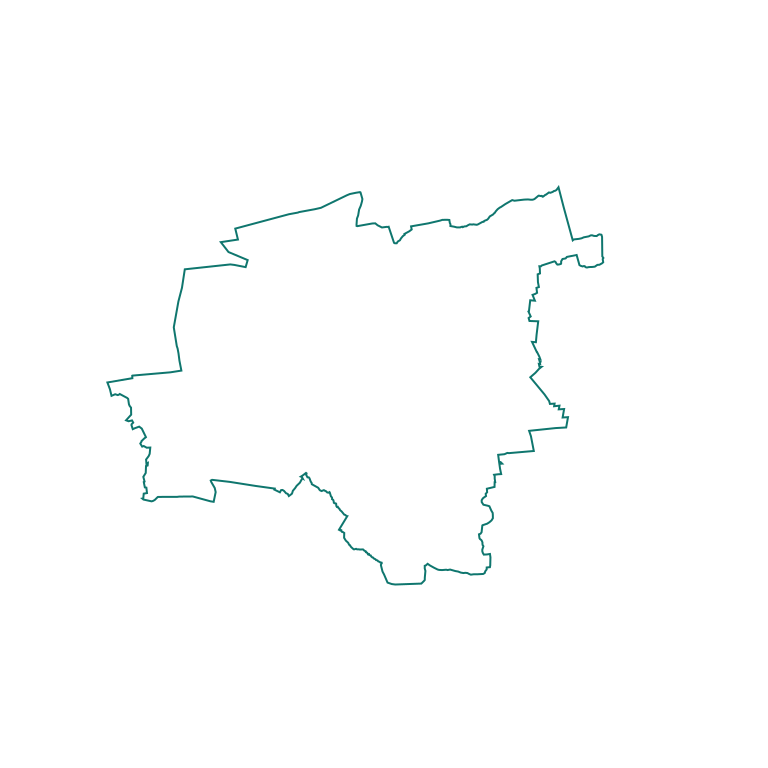 the district of Tecamachalco, Puebla, Mexico, rotated 55°
{"feature_id": "50627088B6625152362768", "entity_name": "Tecamachalco", "entity_type": "district", "adm_level": 2, "iso_a3": "MEX", "parent_name": "Mexico", "parent_adm1": "Puebla", "projection": "mercator", "projection_center": [-97.72, 18.863], "detail": "fine", "context": "isolated", "style": "outline", "palette": "teal", "viewbox_px": 768, "rotation_deg": 55, "n_neighbors": 0, "source": "geoboundaries", "source_scale": "gbopen_adm2", "svg_char_len": 6165}
<svg xmlns="http://www.w3.org/2000/svg" viewBox="0 0 768 768"><g transform="rotate(55 384 384)"><path d="M339.2,647.7L340.7,647.3L346.8,641.7L347.3,640.3L347.5,638.3L346.8,634.2L347.0,633.7L357.9,618.0L358.8,616.3L366.5,605.1L380.6,593.4L382.8,591.1L376.0,583.9L372.1,582.3L365.2,581.7L363.7,581.3L363.9,579.8L375.7,566.5L394.0,547.5L407.0,533.5L407.6,534.4L413.0,531.4L411.9,529.1L412.6,527.9L414.3,527.2L417.3,526.9L418.8,525.9L421.2,526.2L421.1,522.6L420.7,521.8L419.2,519.9L418.3,516.5L417.3,514.0L416.6,509.5L414.4,505.0L414.8,504.8L413.1,504.6L412.2,505.2L412.3,503.1L412.1,498.9L412.8,498.7L413.9,499.9L416.6,500.2L417.3,499.2L418.5,499.1L421.9,500.0L423.4,500.0L424.7,500.6L431.3,497.4L433.9,497.5L434.6,497.3L435.9,496.5L436.4,494.3L436.8,493.9L437.5,493.7L438.3,493.1L440.3,492.7L441.5,491.4L441.3,490.7L441.6,490.6L445.6,491.9L447.1,491.7L448.1,492.2L448.5,492.6L449.9,492.1L451.2,492.5L452.5,493.2L453.2,493.0L454.1,492.0L454.7,491.9L456.5,493.0L457.8,493.1L458.0,492.9L458.1,492.3L459.9,492.4L460.4,492.1L462.2,492.3L464.1,491.8L468.2,491.5L469.1,490.8L470.7,490.4L471.2,489.9L477.6,504.5L478.8,503.9L479.0,503.7L479.0,503.0L479.4,502.8L480.0,503.3L480.9,503.3L481.9,502.5L483.2,502.0L487.1,504.9L490.4,505.1L493.6,504.4L494.3,504.6L496.2,504.7L496.7,504.3L497.8,504.5L498.9,504.4L501.9,503.7L502.3,503.4L503.0,501.4L504.0,500.9L505.1,499.3L505.7,498.8L507.1,496.6L507.6,496.0L509.3,495.7L510.6,494.9L510.9,494.9L511.4,495.3L512.5,494.6L514.2,494.8L514.3,494.1L514.6,493.8L515.6,494.2L516.9,493.2L517.9,493.4L519.4,493.0L519.9,492.5L521.2,492.4L522.7,491.5L523.7,491.5L524.4,490.8L525.0,490.5L525.9,490.5L527.2,489.6L527.9,489.5L529.0,488.4L529.5,488.6L529.9,489.6L530.5,490.4L536.8,492.8L540.0,493.2L548.7,495.0L552.3,492.4L554.7,489.8L568.9,467.9L568.2,463.9L567.9,463.0L566.1,461.7L560.9,457.3L558.4,456.4L556.3,454.9L556.6,453.6L556.3,451.4L559.1,450.4L563.2,448.4L566.7,446.5L567.8,445.6L569.7,443.2L571.8,439.6L572.9,438.6L573.9,436.3L578.2,432.8L580.2,430.8L582.5,429.3L584.4,427.4L585.3,425.7L586.7,424.1L588.5,423.2L590.0,422.2L591.4,419.5L593.2,417.0L596.5,411.7L596.6,409.9L595.5,408.5L594.8,406.3L593.2,405.1L594.8,402.3L593.5,401.0L587.0,396.2L584.0,394.7L582.8,397.2L581.0,400.1L578.9,399.9L577.4,399.4L576.1,398.5L573.9,395.6L572.6,395.6L571.5,395.1L570.2,394.2L568.4,393.8L567.6,393.8L566.0,394.3L565.0,394.2L561.6,392.4L562.0,390.8L561.4,389.1L556.3,384.6L556.2,384.3L557.6,379.6L557.7,376.9L557.4,374.1L556.4,371.8L553.6,369.9L551.9,368.9L549.2,368.7L544.6,367.8L543.5,368.6L539.9,371.8L536.8,371.7L535.3,370.7L534.7,369.5L534.3,368.1L534.3,364.7L532.3,363.7L531.8,361.6L528.8,359.8L531.7,352.5L527.9,349.7L528.2,349.2L525.0,347.6L523.0,346.2L521.5,345.9L523.4,342.3L525.0,339.7L520.1,337.6L515.6,335.3L517.0,332.9L514.8,333.3L514.0,334.5L507.5,331.1L510.6,325.6L511.2,322.5L512.3,321.3L524.8,299.7L511.1,293.6L505.6,292.0L518.6,268.6L524.1,259.7L516.7,252.3L513.9,256.9L507.8,250.8L505.0,255.4L502.4,252.7L499.8,257.4L497.9,255.5L495.5,259.5L492.7,258.5L484.6,258.5L462.4,260.3L461.7,253.6L460.5,248.2L460.3,245.1L458.9,246.7L456.3,245.6L457.1,244.7L456.8,244.6L455.5,243.0L455.0,243.6L452.6,242.8L453.5,241.8L450.9,241.1L445.6,240.3L445.5,240.5L434.4,238.6L436.9,235.6L431.1,230.7L421.1,221.7L415.8,228.7L412.9,227.7L412.8,225.1L407.5,224.1L407.6,223.6L399.3,216.2L402.3,212.6L396.2,211.2L396.9,208.6L397.1,206.3L392.7,204.0L393.4,201.5L388.9,199.5L382.3,195.2L382.9,192.8L378.7,190.1L376.7,189.2L377.6,188.0L377.4,186.8L381.3,174.0L382.3,173.5L384.1,173.7L385.6,173.5L386.4,172.2L387.1,170.3L386.9,169.8L385.1,168.5L384.0,166.1L385.3,163.2L384.8,161.3L388.8,152.2L398.7,155.7L400.0,155.1L401.6,153.9L402.0,152.7L402.6,152.0L403.4,152.0L404.3,151.6L405.0,150.9L405.7,149.2L407.0,147.1L407.4,146.6L408.8,144.0L408.8,140.9L409.9,139.1L410.2,136.0L410.0,134.6L407.1,133.2L406.6,132.0L404.7,132.0L388.6,121.0L386.6,120.3L386.4,120.3L384.9,121.8L384.7,123.3L384.8,124.9L383.2,127.0L381.5,128.3L380.8,129.5L380.5,131.6L378.4,136.3L378.0,138.5L376.9,141.1L374.5,145.5L374.6,147.0L341.9,135.3L322.9,128.2L324.0,131.5L323.9,132.9L323.4,134.1L323.4,135.7L322.9,137.6L322.7,138.2L321.7,139.0L321.8,142.8L321.6,143.2L321.6,143.9L321.7,144.7L321.7,146.5L321.2,146.8L320.7,146.7L320.3,147.0L319.7,148.1L318.5,149.1L318.4,149.8L318.8,154.6L318.6,155.6L318.2,156.7L317.4,157.9L315.4,160.2L313.3,163.5L308.7,172.0L306.9,173.5L306.2,181.4L306.1,186.7L305.9,187.9L306.0,190.7L306.7,193.6L307.3,194.9L307.3,195.8L307.7,197.4L307.4,201.2L308.4,203.9L308.6,205.4L307.9,208.3L308.3,209.3L307.7,210.3L307.1,215.8L306.7,216.8L304.4,219.3L304.0,220.3L302.4,222.2L302.1,224.1L302.0,226.1L301.0,227.8L300.7,229.5L300.1,229.6L299.7,230.4L299.4,231.8L297.5,234.5L295.4,236.3L292.7,239.0L291.2,237.9L289.8,237.7L287.1,236.4L285.6,238.2L283.0,242.1L282.3,244.4L277.8,255.6L270.4,271.4L273.3,272.7L273.4,275.7L272.8,281.2L273.6,281.4L273.7,283.8L274.5,286.7L275.4,288.5L275.2,290.9L276.0,292.9L274.9,294.4L274.1,294.8L257.9,290.0L257.8,290.5L256.8,291.7L254.6,295.9L250.3,298.2L247.4,299.0L245.8,301.5L239.4,315.3L238.8,315.8L237.7,315.1L233.0,311.3L231.1,308.5L226.8,304.3L224.8,301.0L223.7,299.6L221.9,297.4L220.1,295.6L214.0,293.5L213.7,293.4L213.1,294.0L212.9,293.9L211.3,297.2L208.8,303.0L208.1,306.2L203.5,334.6L201.1,340.5L194.5,354.9L194.2,356.2L190.4,364.5L171.4,416.7L181.9,420.8L174.2,436.3L186.7,435.7L204.3,424.6L208.9,430.3L200.6,438.3L197.9,441.3L175.8,481.4L189.3,494.3L198.4,505.0L217.0,523.7L234.1,532.0L236.5,532.7L241.1,534.8L247.6,538.2L256.8,542.3L251.9,552.3L232.8,585.3L232.8,585.5L234.9,586.8L224.1,609.7L231.1,611.5L237.4,614.0L238.2,610.1L240.4,608.4L240.7,607.2L240.6,606.2L248.1,602.4L249.4,602.1L254.2,604.5L255.8,604.9L258.3,604.8L264.1,608.7L265.8,616.1L268.0,614.6L269.3,611.3L271.8,611.6L272.2,613.8L272.7,614.4L276.9,615.7L277.3,613.5L278.5,609.0L281.6,608.0L291.0,609.5L291.1,611.7L291.7,615.4L292.1,615.7L293.0,617.8L296.6,618.0L297.0,616.4L300.1,614.9L302.0,611.9L306.8,616.0L308.1,618.2L309.4,622.2L313.0,624.3L313.2,622.7L315.2,624.4L314.7,626.0L320.2,630.2L322.0,634.4L326.6,636.1L326.5,637.0L331.5,639.2L332.6,638.1L337.4,640.7L336.0,643.7L339.6,646.8L339.2,647.7Z" fill="none" stroke="#0f766e" stroke-width="2"/></g></svg>